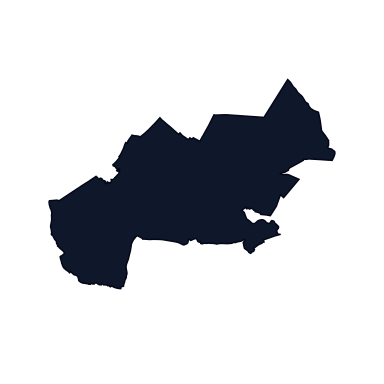 outline of Manesti, Dâmbovita, Romania, rotated 334°
{"feature_id": "2599482B57698310320107", "entity_name": "Manesti", "entity_type": "district", "adm_level": 2, "iso_a3": "ROU", "parent_name": "Romania", "parent_adm1": "Dâmbovita", "projection": "equal_earth", "projection_center": [25.283, 44.948], "detail": "fine", "context": "isolated", "style": "filled", "palette": "ink", "viewbox_px": 384, "rotation_deg": 334, "n_neighbors": 0, "source": "geoboundaries", "source_scale": "gbopen_adm2", "svg_char_len": 5954}
<svg xmlns="http://www.w3.org/2000/svg" viewBox="0 0 384 384"><g transform="rotate(334 192 192)"><path d="M217.7,272.8L218.4,272.7L219.8,272.2L220.9,272.3L221.6,272.2L222.9,271.1L222.7,270.6L222.6,269.8L224.5,269.3L229.5,268.4L230.4,268.6L230.8,268.7L231.4,268.5L232.4,268.7L233.1,268.3L234.0,268.3L234.8,268.5L234.9,267.7L234.9,266.5L236.3,266.5L247.5,267.8L253.1,268.9L251.8,268.2L251.0,267.6L250.7,266.3L251.2,263.6L253.7,262.4L254.2,261.8L254.6,260.9L253.4,257.5L252.8,256.6L252.9,255.4L252.8,254.2L252.2,253.5L251.2,252.7L250.5,252.8L248.7,254.0L247.7,254.0L246.9,253.7L245.5,252.2L245.0,250.2L244.1,248.6L242.7,247.5L240.4,246.9L238.4,246.8L235.6,247.7L234.2,247.7L233.5,247.5L232.2,246.4L231.0,243.2L229.3,240.1L229.6,236.4L230.0,233.5L229.5,232.0L228.5,230.3L233.6,229.3L233.7,230.9L233.9,231.2L234.6,230.8L235.3,231.0L236.1,232.5L238.5,232.7L239.5,234.6L239.4,235.2L239.9,235.7L240.3,236.4L240.2,237.4L241.2,238.2L244.0,240.7L243.9,241.8L244.0,242.3L248.9,245.3L252.0,247.6L261.5,241.8L270.3,233.2L271.9,237.2L293.7,227.5L288.6,221.5L287.0,219.5L285.7,218.3L284.7,217.7L282.0,216.6L281.3,216.2L280.4,215.4L279.5,214.2L281.4,214.2L284.1,215.0L285.6,214.8L288.0,214.8L289.1,213.6L290.4,213.1L301.6,212.6L305.9,212.3L306.4,211.4L309.2,212.8L311.4,213.4L321.2,218.9L331.8,225.0L334.8,222.7L337.0,220.5L337.9,218.8L337.9,217.8L336.8,215.9L336.4,214.7L333.9,212.7L333.5,211.4L335.4,209.7L335.7,208.8L336.4,207.6L336.8,206.3L337.3,205.8L336.5,199.6L336.0,197.4L335.3,193.8L338.8,183.1L340.6,175.7L337.3,172.3L335.3,169.0L334.7,166.4L335.0,163.5L333.4,160.8L333.3,158.3L332.9,154.4L330.7,149.0L330.3,144.9L329.1,141.6L328.6,136.7L327.3,132.9L289.4,156.5L257.5,138.1L254.5,136.6L246.8,133.2L245.6,132.3L236.6,139.2L227.6,145.5L227.1,146.0L226.0,146.5L221.3,149.9L216.9,143.8L215.2,144.6L213.8,142.4L211.9,143.2L211.4,142.9L211.2,142.6L208.7,138.1L208.5,137.8L208.2,137.6L207.1,133.6L205.4,134.4L204.5,132.6L200.4,122.7L199.4,120.8L198.1,117.5L196.5,114.0L195.7,111.2L190.1,113.5L180.4,117.0L175.0,118.6L169.2,119.9L169.0,119.0L168.1,118.2L166.4,117.0L165.0,116.3L163.0,114.6L160.1,116.3L157.0,117.9L155.3,119.7L154.2,118.5L152.9,119.5L149.0,123.3L144.4,126.9L141.8,128.3L142.1,129.0L141.1,129.7L137.6,131.3L133.4,132.8L133.0,132.7L132.7,133.5L132.7,133.9L133.1,134.4L133.5,134.7L133.9,135.3L134.1,135.9L134.2,137.0L134.8,138.2L134.8,138.4L135.1,138.7L136.0,139.3L137.0,139.5L137.0,139.8L135.8,140.9L135.0,140.2L134.1,139.4L133.7,139.8L134.0,140.3L134.4,140.8L135.8,141.8L135.9,142.1L134.9,142.6L135.0,143.0L134.9,143.3L132.1,144.1L131.3,144.5L128.2,145.6L128.0,145.8L127.5,145.9L126.9,146.1L126.0,146.1L124.8,145.3L124.6,145.5L124.8,146.2L124.8,146.4L124.0,147.1L123.6,147.5L123.2,147.7L122.9,148.0L122.2,147.9L122.0,148.0L121.9,147.8L121.7,147.2L121.1,147.0L120.8,146.9L120.7,146.7L120.6,146.1L119.5,146.9L118.9,146.8L118.5,146.4L117.9,146.7L117.7,146.6L117.6,146.4L117.7,146.0L118.8,145.4L119.0,145.0L119.0,144.8L118.6,144.2L118.5,143.8L118.2,143.8L118.0,144.0L117.7,143.9L117.6,143.7L118.0,143.6L118.0,143.4L117.3,142.7L116.8,142.5L116.5,141.9L116.7,141.7L116.9,141.5L117.0,141.3L116.7,140.9L116.4,140.7L116.6,140.4L116.3,139.9L115.9,139.5L115.5,139.4L114.3,139.7L113.8,139.6L113.4,138.8L113.4,138.3L113.5,138.0L113.4,137.5L113.1,137.0L112.7,136.5L112.6,135.9L105.4,136.9L104.6,137.1L96.8,137.9L68.8,141.6L66.9,140.0L63.9,138.9L60.1,137.4L59.8,137.5L59.6,137.7L58.9,138.8L58.5,140.0L58.2,141.0L57.5,145.0L57.5,145.3L57.7,145.8L57.7,146.2L56.9,149.1L56.5,149.9L55.5,151.4L55.1,152.2L54.8,153.3L54.2,154.3L53.5,155.9L50.0,160.6L49.4,162.1L49.1,164.0L48.2,166.6L47.7,167.6L47.2,168.0L47.0,168.5L47.1,169.2L47.5,169.6L47.8,170.5L47.8,174.1L48.1,175.4L48.3,175.8L48.5,176.2L48.3,177.2L48.0,178.4L47.8,178.8L47.8,180.1L48.0,181.0L47.9,181.3L47.5,181.7L47.7,182.2L48.4,183.1L48.2,183.6L50.4,188.8L50.7,191.2L50.2,191.4L47.0,192.2L46.0,192.1L45.2,192.3L44.7,193.8L44.1,197.5L43.7,198.7L43.5,200.8L43.4,202.0L43.5,204.0L44.5,206.5L45.1,207.5L45.4,208.2L46.0,209.1L46.4,209.9L46.4,210.3L46.3,210.7L46.4,210.9L46.9,210.9L47.5,210.4L47.8,210.0L48.1,210.3L48.6,211.9L49.4,214.0L49.9,214.9L50.6,215.3L51.5,216.3L51.9,216.8L52.1,217.6L52.2,218.5L52.1,218.9L52.1,219.7L51.4,222.1L52.3,224.1L53.7,225.8L57.3,228.2L58.3,229.0L58.8,229.6L60.0,230.3L60.3,230.4L61.3,230.1L61.6,230.2L62.7,231.3L63.7,231.8L64.2,231.3L65.1,231.4L66.5,232.0L66.8,232.9L67.9,234.6L69.7,235.7L70.5,235.2L70.8,235.3L71.2,235.5L71.6,236.0L71.8,236.5L71.9,236.8L72.5,237.0L73.8,237.7L73.9,237.9L74.2,238.1L74.8,238.0L75.0,238.2L75.1,239.1L75.3,239.4L75.8,239.6L76.1,239.4L76.4,239.4L76.6,239.6L76.7,240.3L76.7,240.8L76.8,241.1L77.1,241.4L77.3,241.5L77.8,241.4L78.3,241.3L78.6,241.1L79.9,243.1L81.2,244.5L83.7,246.5L85.6,247.6L86.3,246.7L86.4,246.3L87.2,246.1L87.6,246.3L88.3,246.4L88.7,246.6L89.1,246.6L89.3,246.5L90.1,245.1L91.8,243.5L92.6,242.4L92.7,242.2L93.1,241.8L95.2,240.3L96.4,238.4L97.8,236.8L98.2,235.8L99.4,231.6L100.0,230.1L101.6,228.0L105.3,224.5L107.7,221.5L110.7,218.0L113.0,214.8L114.4,212.6L115.1,211.8L117.9,209.6L119.0,209.0L122.0,207.6L123.5,207.2L123.7,207.3L124.3,208.0L126.9,211.7L127.2,212.1L127.1,212.8L128.1,213.2L133.3,216.2L136.6,217.6L140.9,219.8L142.8,220.8L144.9,222.1L154.6,229.0L157.6,231.4L160.8,235.5L161.3,235.9L162.1,236.1L163.6,236.2L164.7,236.2L165.6,236.0L166.4,235.3L167.8,233.4L168.4,232.9L168.8,233.3L169.6,235.0L173.2,235.1L175.6,235.7L175.6,238.6L175.8,239.4L175.9,239.6L176.6,240.3L177.8,240.8L177.9,241.0L177.9,241.3L177.3,242.1L178.1,242.8L179.0,243.2L180.5,243.4L180.9,243.5L182.6,244.6L184.1,245.0L185.2,245.7L188.6,247.5L190.1,248.5L191.1,249.4L191.6,249.7L192.7,249.9L194.6,250.5L197.7,252.0L200.9,253.8L203.4,254.8L204.6,255.3L205.6,255.6L206.7,255.5L207.4,255.7L207.9,256.0L209.1,256.5L211.0,256.7L214.1,257.6L215.4,257.7L217.3,257.5L218.3,257.6L217.7,259.4L217.2,259.3L216.9,259.4L215.8,260.1L215.3,262.1L214.7,264.3L214.5,265.7L214.8,266.4L216.4,269.2L216.7,271.3L217.7,272.8Z" fill="#0f172a" stroke="#020617" stroke-width="1.5"/></g></svg>